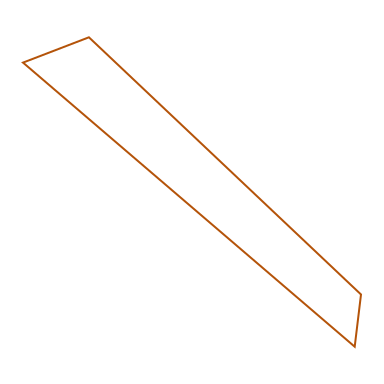 outline of Uaboe
{"feature_id": "NRU-4975", "entity_name": "Uaboe", "entity_type": "state/province", "adm_level": 1, "iso_a3": "NRU", "parent_name": "Nauru", "parent_adm1": "", "projection": "mercator", "projection_center": [166.924, -0.509], "detail": "fine", "context": "isolated", "style": "outline", "palette": "amber", "viewbox_px": 384, "rotation_deg": 0, "n_neighbors": 0, "source": "natural_earth", "source_scale": "10m", "svg_char_len": 181}
<svg xmlns="http://www.w3.org/2000/svg" viewBox="0 0 384 384"><path d="M23.0,62.6L88.9,37.3L361.0,294.5L354.7,346.7L23.0,62.6Z" fill="none" stroke="#b45309" stroke-width="2"/></svg>